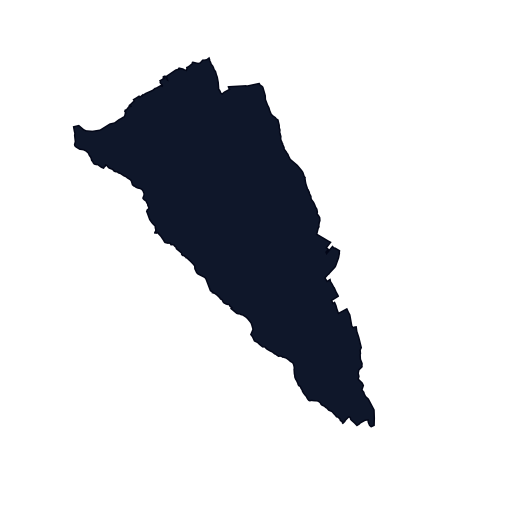 the district of Balilesti, Arges, Romania, rotated 328°
{"feature_id": "2599482B12709489065851", "entity_name": "Balilesti", "entity_type": "district", "adm_level": 2, "iso_a3": "ROU", "parent_name": "Romania", "parent_adm1": "Arges", "projection": "mercator", "projection_center": [24.936, 45.06], "detail": "fine", "context": "isolated", "style": "filled", "palette": "ink", "viewbox_px": 512, "rotation_deg": 328, "n_neighbors": 0, "source": "geoboundaries", "source_scale": "gbopen_adm2", "svg_char_len": 6011}
<svg xmlns="http://www.w3.org/2000/svg" viewBox="0 0 512 512"><g transform="rotate(328 256 256)"><path d="M266.4,462.2L270.4,456.2L274.5,449.1L275.4,436.8L274.4,433.2L274.7,430.1L275.2,428.7L275.0,427.6L274.9,425.6L278.4,422.7L278.7,419.9L277.4,414.6L279.5,412.6L280.5,409.6L282.9,407.1L287.0,406.2L287.5,405.7L287.7,405.0L288.4,404.2L289.0,403.3L289.8,398.9L292.1,394.7L292.8,394.2L294.5,390.9L296.7,389.5L300.0,379.4L301.5,373.3L303.4,369.2L302.1,368.6L300.3,368.2L300.1,366.1L304.3,355.7L304.5,352.6L305.0,349.0L295.5,348.4L296.5,343.7L297.5,340.4L298.0,337.0L296.1,337.1L296.5,333.7L304.4,333.7L304.6,333.0L304.8,328.9L305.5,324.4L305.3,324.1L305.6,319.6L305.5,317.5L305.8,316.5L306.3,315.2L302.8,315.3L302.8,311.1L307.2,309.8L308.3,309.8L309.1,309.4L316.9,307.3L318.1,306.7L325.0,301.3L328.2,297.8L328.4,297.2L329.6,295.8L327.2,291.2L326.9,290.9L326.3,290.8L325.9,288.5L317.1,291.4L317.4,289.8L320.8,288.6L320.0,286.3L326.5,283.9L325.0,281.3L319.0,269.7L323.2,265.6L324.1,264.9L324.8,264.7L325.5,263.3L327.4,261.1L328.9,259.9L330.3,257.3L330.4,254.9L330.1,252.5L331.3,251.3L332.4,248.5L332.4,246.0L332.9,243.6L333.2,241.0L332.9,237.6L333.2,236.1L334.0,234.9L334.2,234.2L334.3,232.9L334.2,232.0L335.0,229.9L335.0,228.9L335.3,227.6L335.1,226.5L335.5,225.3L336.0,223.1L336.6,220.9L337.5,218.6L338.0,217.6L338.4,216.5L339.2,215.5L339.0,214.1L340.0,209.9L339.9,207.6L339.0,201.0L336.2,192.2L336.5,188.6L336.9,186.6L336.7,185.2L336.8,183.8L336.5,180.2L337.3,178.8L337.7,175.5L338.1,174.8L338.1,173.5L338.4,172.6L338.4,171.5L338.5,171.4L338.9,169.9L340.6,167.5L340.6,166.9L341.3,165.0L341.5,164.0L341.8,163.3L342.6,162.5L343.2,161.5L343.6,159.7L345.0,157.3L346.3,153.3L346.7,152.3L345.8,150.4L345.7,148.9L344.5,146.1L344.0,143.8L344.6,140.1L345.5,137.0L345.7,134.2L346.9,128.2L348.7,125.1L349.1,123.9L351.2,116.5L351.0,115.4L350.0,113.1L350.1,111.4L337.4,106.8L337.6,106.3L322.3,97.9L322.0,98.8L321.9,100.7L316.0,100.3L313.1,100.7L312.4,99.1L312.8,97.2L312.9,95.8L312.6,95.0L315.9,88.8L317.9,83.8L318.4,81.4L319.4,78.1L319.2,75.7L319.7,73.8L319.9,71.9L319.6,69.7L320.1,67.5L320.1,65.8L320.6,65.2L321.1,63.2L318.5,63.5L316.2,62.7L314.6,61.7L311.2,62.7L310.4,62.6L309.4,62.3L308.2,61.4L305.1,58.2L304.7,58.2L303.3,59.4L301.7,59.4L300.3,59.7L298.6,59.6L297.8,59.8L297.2,59.5L297.0,60.0L297.1,60.3L297.0,60.6L296.4,60.8L295.3,61.8L293.6,59.9L293.5,59.4L293.0,58.6L290.3,55.9L289.8,56.1L290.0,56.9L286.6,55.8L275.7,56.2L274.9,57.4L274.2,59.8L274.0,59.4L274.2,58.3L274.6,57.4L274.4,56.4L274.5,55.7L274.0,55.5L273.6,55.0L272.3,54.9L272.1,55.2L272.5,56.5L272.4,57.0L271.6,56.3L271.4,56.3L271.3,56.7L267.5,56.5L267.5,57.2L266.6,58.3L266.9,59.9L267.1,60.4L267.1,61.5L266.9,62.0L266.5,62.2L266.5,61.8L265.7,61.7L265.8,61.1L260.0,60.8L259.3,60.4L256.1,60.8L248.4,59.7L244.9,59.9L245.1,59.4L241.6,59.9L241.5,58.5L238.4,58.6L235.0,58.5L234.9,60.3L233.2,60.3L230.8,60.9L228.4,61.2L228.4,61.6L229.4,61.6L229.4,62.9L227.3,62.1L223.4,63.5L222.7,63.3L222.5,63.0L222.1,63.2L222.1,64.0L221.4,64.0L221.3,65.8L220.2,66.2L219.7,67.1L217.9,68.2L216.8,68.0L213.3,68.0L212.5,67.8L206.6,68.3L202.1,66.7L190.5,66.7L183.4,63.7L178.1,59.8L176.7,57.5L174.8,51.5L169.8,49.8L168.2,53.7L167.6,55.6L167.2,56.4L166.2,57.5L163.4,63.3L161.2,65.4L160.8,66.6L161.2,68.2L163.1,72.0L166.0,74.4L167.5,76.8L168.4,79.8L168.0,82.6L168.2,84.4L168.0,85.8L167.3,87.9L167.6,89.5L167.4,90.6L167.6,92.3L169.0,93.8L170.4,94.8L171.0,96.6L171.9,98.8L173.3,100.7L174.4,100.1L175.5,100.0L176.9,99.1L177.5,100.4L177.8,102.6L178.1,103.6L180.2,106.4L180.4,106.9L180.6,108.6L180.9,109.2L181.7,110.2L183.0,111.1L183.4,112.6L184.8,114.2L186.6,118.2L187.4,119.2L188.0,120.3L188.3,121.5L190.0,124.9L190.0,126.6L189.0,130.1L189.6,132.0L189.9,132.1L190.8,134.3L191.9,135.8L193.4,137.2L194.5,138.9L194.7,140.9L194.2,143.7L193.2,145.2L190.9,146.9L190.7,147.4L191.0,149.0L191.9,151.1L191.6,153.3L191.8,154.2L191.1,155.7L190.7,158.8L189.3,159.2L188.4,159.2L186.9,160.3L186.7,161.8L185.2,168.8L185.4,172.5L185.8,174.8L186.3,176.6L186.3,177.5L185.5,178.8L185.1,180.3L184.4,181.5L182.6,182.5L182.4,182.8L184.0,184.0L185.1,184.1L185.2,185.6L185.8,188.6L186.0,193.4L185.9,195.4L186.0,196.3L187.8,198.2L190.0,199.6L189.9,201.4L191.5,202.3L192.3,203.4L192.2,204.3L192.8,206.1L192.4,207.7L194.1,212.8L194.4,213.4L194.4,214.2L193.9,215.1L193.9,216.0L194.2,216.8L195.4,217.8L195.4,218.4L195.9,219.8L195.8,220.4L196.3,220.8L197.6,225.4L198.4,229.0L198.8,231.9L197.4,234.5L196.9,238.7L197.3,240.5L201.3,247.1L201.4,249.2L199.0,261.3L200.3,264.1L199.8,264.2L201.3,266.0L202.3,268.6L203.1,271.9L203.2,273.7L204.1,275.1L203.8,277.6L204.1,279.1L204.8,280.0L205.0,280.6L206.1,281.9L207.6,282.9L207.3,284.5L207.9,286.6L208.2,287.1L207.0,287.4L209.3,294.4L210.3,295.6L210.7,295.8L211.5,296.4L212.3,297.8L213.5,298.9L215.1,302.3L215.7,304.4L216.4,309.9L216.0,312.0L214.8,316.1L214.3,316.9L210.0,319.9L210.3,322.6L209.7,327.2L211.6,330.2L212.2,332.9L213.5,336.6L215.2,337.6L215.4,337.9L215.6,339.4L216.0,340.8L217.7,344.0L219.1,346.1L219.9,348.6L220.2,349.2L220.9,350.0L221.1,350.9L222.0,353.0L223.5,353.6L224.6,354.7L224.9,355.8L225.5,356.1L227.6,358.6L228.7,361.3L229.3,363.5L230.6,365.9L230.4,367.9L229.9,369.5L229.1,371.4L228.3,372.2L226.1,376.3L225.7,377.6L224.8,379.3L224.4,381.3L224.4,383.1L224.1,385.9L223.6,387.5L223.7,388.9L224.3,389.6L224.4,390.7L224.1,392.2L224.2,393.6L224.0,394.7L223.8,395.2L223.7,397.0L223.9,399.7L224.1,400.5L224.3,402.2L224.1,403.1L224.1,405.0L224.3,406.3L224.6,406.9L225.0,407.3L226.5,407.8L228.2,409.2L231.2,411.3L232.0,412.4L232.8,414.4L232.6,415.9L232.9,417.3L234.5,419.7L234.9,421.4L235.5,422.4L236.0,425.3L238.0,428.1L238.2,428.9L238.5,431.1L238.9,432.6L238.9,433.5L239.1,434.4L239.1,435.0L240.0,435.9L240.6,437.2L240.5,437.8L240.8,438.4L240.7,439.1L240.4,440.3L241.3,442.0L240.9,443.5L241.0,443.9L243.7,443.3L244.5,442.7L249.5,441.5L250.4,442.9L249.9,444.1L249.8,445.0L250.0,446.0L251.1,449.7L251.8,453.2L254.5,453.2L255.9,452.8L261.3,453.1L264.1,454.2L263.1,456.7L262.6,459.8L263.2,461.8L266.4,462.2Z" fill="#0f172a" stroke="#020617" stroke-width="1.5"/></g></svg>